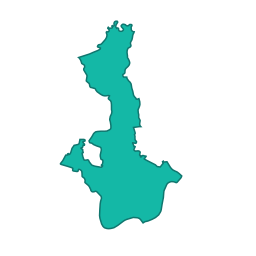 Hung Nguyen, Nghệ An, Vietnam, rotated 11°
{"feature_id": "81297802B19242536298701", "entity_name": "Hung Nguyen", "entity_type": "district", "adm_level": 2, "iso_a3": "VNM", "parent_name": "Vietnam", "parent_adm1": "Nghệ An", "projection": "orthographic", "projection_center": [105.613, 18.684], "detail": "fine", "context": "isolated", "style": "filled", "palette": "teal", "viewbox_px": 256, "rotation_deg": 11, "n_neighbors": 0, "source": "geoboundaries", "source_scale": "gbopen_adm2", "svg_char_len": 5751}
<svg xmlns="http://www.w3.org/2000/svg" viewBox="0 0 256 256"><g transform="rotate(11 128 128)"><path d="M160.9,218.3L162.4,216.8L165.3,215.5L169.0,213.1L172.1,210.6L174.7,207.4L175.8,204.4L176.1,203.3L176.2,201.8L176.0,196.6L176.0,189.5L175.4,184.4L175.3,183.0L175.5,181.8L176.1,179.3L176.8,176.1L177.2,175.2L178.1,174.0L179.6,172.9L181.0,172.3L182.7,172.1L183.9,172.1L185.3,172.4L185.9,172.4L186.5,172.0L189.4,167.0L189.8,165.7L189.9,164.8L186.8,162.9L184.6,161.8L182.0,161.2L180.1,160.6L178.7,159.8L177.2,158.6L172.7,153.7L169.5,154.6L169.0,153.8L168.3,154.4L169.2,156.2L169.0,156.3L167.1,160.1L164.0,160.3L161.9,158.9L152.5,156.2L150.4,155.5L149.8,155.2L151.2,152.5L151.1,152.2L150.8,152.1L150.1,152.5L149.8,152.5L149.0,152.1L147.6,152.2L146.9,152.6L146.8,153.0L146.9,153.3L146.8,153.6L145.8,154.0L145.7,153.9L145.7,153.0L145.4,152.6L144.6,152.4L144.5,152.1L144.6,149.7L144.4,149.2L143.8,148.7L142.5,148.5L141.6,148.7L140.3,149.1L139.5,149.3L138.3,148.6L137.9,148.3L137.9,147.8L138.6,145.0L138.5,144.9L138.2,144.8L137.4,145.1L137.2,144.5L135.4,141.9L135.4,141.7L135.7,141.6L138.4,141.6L138.9,141.2L139.0,140.7L139.0,139.9L138.9,139.7L137.6,138.6L137.1,138.0L136.6,135.9L136.5,135.0L135.6,133.1L136.0,132.5L136.1,132.2L135.9,131.3L133.3,126.4L138.8,124.5L140.3,124.2L139.4,123.5L138.9,122.5L138.7,121.9L138.6,121.1L138.5,118.5L138.2,117.9L136.6,115.9L136.4,115.2L136.1,113.4L135.9,112.6L135.2,111.2L134.4,108.3L134.8,106.2L135.1,104.8L135.2,103.4L135.2,102.6L135.0,101.8L134.5,99.9L133.1,97.1L132.0,97.8L131.3,98.0L130.5,98.0L130.2,97.4L129.6,96.9L129.0,96.5L128.2,95.8L127.3,94.9L125.6,90.9L124.1,88.1L123.0,85.1L122.5,84.0L121.7,83.1L121.1,82.5L119.9,81.8L119.1,81.1L118.2,80.2L117.5,79.5L117.1,78.3L114.0,78.8L113.5,78.4L112.9,77.4L112.7,76.8L112.9,76.3L114.0,75.3L114.4,74.5L114.1,72.1L114.1,71.4L114.3,70.6L114.6,69.9L116.2,67.7L117.0,66.2L117.2,65.3L117.3,64.0L117.1,63.2L116.8,62.6L116.2,61.6L115.3,60.3L114.1,59.1L113.7,57.2L112.7,54.3L112.5,53.1L112.4,52.1L112.6,50.6L112.8,49.8L113.1,49.4L114.6,48.2L115.0,47.6L115.2,46.9L115.1,46.3L114.4,44.9L114.2,44.2L114.2,43.5L114.3,42.8L115.0,40.7L115.1,38.8L115.0,36.1L115.1,35.0L115.6,33.4L115.7,32.4L115.0,32.5L114.2,32.3L113.5,32.0L113.0,31.5L112.5,31.0L111.9,28.7L111.9,28.0L112.3,27.0L112.3,26.5L112.2,26.2L111.8,25.9L111.3,25.8L110.8,25.9L110.1,26.0L109.7,26.3L108.9,27.4L108.2,27.8L107.4,27.9L106.6,27.7L105.7,27.1L104.0,26.9L103.3,27.1L102.8,27.3L102.0,28.4L101.8,28.8L101.9,29.3L102.1,29.8L104.0,31.3L104.6,31.8L104.7,32.2L104.7,32.8L104.5,33.2L103.9,33.9L103.2,34.3L101.8,34.6L101.0,34.4L100.5,34.1L100.2,33.7L100.0,33.2L99.9,32.5L99.5,32.0L99.1,31.8L98.4,31.8L98.0,32.0L97.8,32.3L97.3,31.8L96.7,31.1L96.6,30.2L96.6,29.6L96.7,28.9L97.7,26.2L97.4,25.5L97.2,25.3L95.9,25.4L95.3,25.7L94.8,26.1L94.5,26.6L94.3,27.5L94.3,28.2L94.8,29.8L94.8,30.2L94.1,30.8L93.8,30.9L93.5,30.8L93.1,30.5L92.7,31.0L92.9,31.4L93.5,32.1L93.5,32.3L93.4,32.6L93.0,33.0L91.7,33.4L90.5,33.5L90.0,33.4L89.4,32.9L89.1,33.6L89.1,34.0L90.7,35.1L90.8,35.3L90.9,36.2L90.6,36.9L90.2,37.4L89.6,37.6L89.0,37.4L88.5,37.9L88.5,38.6L89.6,40.5L89.7,41.8L89.6,43.4L88.9,45.4L86.0,50.4L85.1,51.2L83.5,51.8L83.1,52.1L82.7,52.7L82.5,53.5L82.5,53.9L82.7,54.2L83.4,54.4L85.1,54.6L85.7,54.8L85.7,55.7L84.0,57.4L79.4,60.4L76.1,62.7L66.1,68.2L66.5,68.4L68.3,70.1L69.2,71.5L70.3,73.5L72.9,74.5L73.4,75.0L73.8,76.3L73.8,76.9L73.3,77.9L73.3,78.8L73.6,79.6L77.3,83.7L77.8,84.5L77.9,85.5L78.0,89.4L78.1,89.8L79.3,90.6L81.5,91.8L82.6,94.4L83.3,95.2L83.6,95.3L84.8,95.3L88.1,95.6L88.7,96.1L89.2,96.9L90.8,98.3L94.0,99.8L95.8,100.5L97.3,100.9L98.9,100.9L100.3,100.6L102.4,99.9L103.1,99.8L103.7,99.9L103.7,100.3L103.0,102.3L103.1,102.8L103.3,103.2L105.7,104.6L106.6,105.9L107.3,108.2L108.3,113.1L109.1,115.1L109.1,117.2L108.4,120.0L108.4,122.4L108.5,123.4L109.5,125.4L110.7,128.7L111.0,130.1L111.2,131.2L111.1,132.2L110.4,133.1L107.9,135.0L106.1,135.5L102.1,136.3L98.5,137.3L96.9,138.0L95.9,139.2L95.3,140.1L94.3,143.2L92.4,147.6L92.2,148.1L93.1,149.6L93.6,149.8L95.4,149.8L97.3,150.8L100.8,151.6L104.1,152.0L105.1,152.5L105.5,153.2L106.0,154.5L106.0,156.2L105.9,159.7L106.2,161.1L107.2,163.4L107.6,163.9L108.2,164.1L108.9,164.1L109.4,164.5L109.8,166.0L109.8,167.7L109.7,168.5L109.0,169.3L109.0,169.7L109.1,169.9L110.2,170.0L110.2,170.4L109.5,171.5L108.8,171.7L102.7,171.8L99.9,171.4L99.1,171.0L96.4,168.6L95.4,167.2L94.6,166.9L92.7,167.6L91.5,167.8L91.2,167.8L90.8,167.6L89.1,164.7L87.8,161.7L87.8,161.4L88.0,161.1L88.7,160.7L88.6,160.3L87.9,159.2L87.8,158.1L87.6,157.9L85.7,156.9L85.7,156.6L86.0,156.3L86.9,155.9L87.1,155.5L87.3,153.4L88.4,153.3L88.5,153.1L88.5,152.6L88.4,152.2L88.1,152.0L86.5,150.7L86.4,150.5L86.4,150.1L86.7,149.8L88.0,149.1L88.3,148.8L88.0,147.9L86.9,147.6L83.0,148.4L83.0,152.7L82.1,153.7L79.6,154.8L78.4,155.3L78.2,155.9L77.1,158.2L76.9,158.9L76.6,162.1L76.4,163.4L75.7,165.0L75.2,165.3L74.9,165.4L74.6,164.7L74.3,164.5L73.8,164.8L73.6,165.2L73.6,166.1L73.3,166.3L72.2,166.4L72.0,166.7L70.2,172.5L68.6,175.6L68.5,176.1L68.7,176.3L69.2,176.5L76.4,177.2L79.7,177.6L81.1,177.9L81.5,178.1L81.6,178.4L81.7,180.0L82.0,180.4L82.5,180.6L86.0,180.5L86.5,180.4L87.1,180.0L87.3,178.4L87.5,178.0L88.2,177.9L89.1,178.1L90.1,178.6L90.9,179.4L91.5,181.3L92.1,183.9L92.3,184.4L92.6,184.6L94.8,185.7L95.8,187.2L96.1,189.6L96.4,189.9L97.3,190.4L100.3,192.1L101.3,193.1L103.1,195.5L103.5,196.4L104.4,197.2L105.1,197.4L105.8,197.4L107.0,197.0L108.1,196.3L108.8,196.3L109.5,196.5L114.7,200.2L115.0,201.0L115.4,201.9L115.1,205.2L115.2,207.8L116.0,214.1L116.8,219.4L117.7,222.0L120.4,227.2L122.3,229.4L123.9,230.4L126.5,230.7L128.3,230.5L130.3,229.9L132.3,229.0L133.3,228.5L136.5,225.6L141.0,220.6L142.4,219.2L144.1,218.0L150.2,214.8L154.5,214.3L156.4,214.6L157.8,215.5L160.9,218.3Z" fill="#14b8a6" stroke="#0f766e" stroke-width="1.5"/></g></svg>